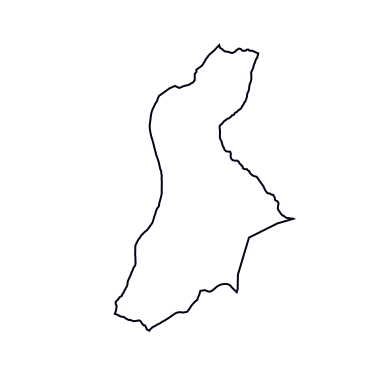 Karim Lamido, Taraba, Nigeria (Robinson projection), rotated 147°
{"feature_id": "59680162B13157392837231", "entity_name": "Karim Lamido", "entity_type": "district", "adm_level": 2, "iso_a3": "NGA", "parent_name": "Nigeria", "parent_adm1": "Taraba", "projection": "robinson", "projection_center": [10.84, 9.149], "detail": "fine", "context": "isolated", "style": "outline", "palette": "ink", "viewbox_px": 384, "rotation_deg": 147, "n_neighbors": 0, "source": "geoboundaries", "source_scale": "gbopen_adm2", "svg_char_len": 4518}
<svg xmlns="http://www.w3.org/2000/svg" viewBox="0 0 384 384"><g transform="rotate(147 192 192)"><path d="M227.8,198.1L228.5,197.7L230.2,197.2L232.3,195.8L233.6,194.6L235.7,192.9L237.0,192.0L238.4,190.7L240.4,189.0L242.1,187.7L246.9,185.8L248.2,185.3L249.3,184.9L251.1,184.4L253.2,184.3L255.3,183.8L258.0,183.3L260.1,182.3L262.5,181.4L263.5,181.0L266.6,179.2L268.7,177.9L270.7,175.0L272.3,172.5L273.6,170.8L274.9,168.3L276.9,165.0L278.0,163.2L278.2,162.9L279.9,161.2L282.3,160.3L284.0,159.0L285.4,158.1L287.4,156.8L288.4,155.9L289.8,155.1L293.2,152.9L294.6,152.0L295.4,151.0L295.9,150.3L296.9,149.3L297.6,148.6L300.5,147.0L302.2,146.2L303.4,145.3L304.8,144.7L306.2,144.1L307.4,143.1L309.8,143.2L312.6,142.2L315.9,141.4L317.0,139.6L317.2,137.7L318.3,136.2L320.1,134.2L321.1,133.3L321.9,132.8L323.1,131.9L322.0,130.5L321.2,129.3L320.9,128.9L320.2,127.3L319.0,125.8L317.2,124.3L316.6,122.5L316.4,121.9L315.7,120.7L314.5,118.8L313.5,118.4L311.6,115.7L309.3,114.4L306.2,113.1L305.5,111.9L305.5,109.9L305.3,106.6L304.1,105.8L304.3,103.2L304.7,101.2L303.3,98.9L302.9,99.1L301.4,99.7L298.4,100.1L295.9,99.7L293.4,99.8L291.9,99.5L290.7,99.3L287.7,99.4L286.3,99.2L284.5,99.1L282.7,99.1L281.0,99.0L279.0,99.1L278.5,99.1L276.5,99.2L275.4,99.2L274.6,99.2L272.3,99.3L271.6,99.2L270.5,99.1L267.5,97.8L265.4,95.9L262.0,94.4L261.9,94.3L260.9,94.3L258.5,95.2L256.1,96.2L254.7,96.9L252.7,97.5L250.4,98.1L248.5,98.5L248.4,98.6L246.3,98.6L245.0,99.8L243.3,101.0L242.8,101.3L242.3,101.6L241.6,102.1L241.0,102.7L240.8,102.8L238.8,104.5L234.7,102.7L232.5,99.6L231.0,98.5L229.9,98.5L228.1,98.3L225.2,98.7L222.7,99.1L221.0,99.0L219.6,98.9L217.1,98.3L213.8,96.6L212.3,95.2L211.3,93.9L210.9,93.1L210.8,92.2L210.4,89.6L210.3,88.8L210.1,88.1L209.1,83.6L206.5,85.8L198.5,97.7L169.9,122.0L169.1,122.7L158.4,121.5L137.2,119.1L134.4,118.2L121.5,114.3L121.6,114.5L122.5,115.1L122.9,115.5L124.6,116.8L125.4,117.7L126.6,118.5L127.5,120.3L127.9,121.6L128.3,122.5L128.8,122.9L129.2,124.7L129.4,129.6L129.1,131.4L127.2,133.7L126.1,134.7L125.4,136.0L125.4,137.9L126.2,138.7L126.7,140.1L125.6,142.4L125.6,143.3L125.7,144.2L125.3,145.1L127.0,146.8L127.4,148.1L127.5,148.2L128.2,149.0L129.0,149.4L129.5,150.7L129.6,152.5L129.6,153.8L129.3,155.7L129.3,156.5L129.0,157.5L129.0,159.3L129.1,160.6L129.2,161.9L129.2,163.3L129.3,165.1L129.4,168.2L129.5,169.6L131.1,171.3L132.0,172.6L132.8,174.8L132.9,176.1L133.0,177.9L132.6,178.3L133.5,180.0L133.5,181.2L135.7,182.7L136.4,184.2L135.6,185.9L136.0,187.1L136.0,187.6L136.1,188.2L136.6,190.3L136.3,192.1L137.2,193.9L138.8,194.7L139.6,195.6L140.4,196.4L140.8,197.3L140.9,199.1L140.2,200.9L138.7,202.8L138.3,203.7L138.1,204.9L139.1,205.8L140.2,206.6L141.3,207.7L141.7,209.7L141.1,212.6L141.2,213.8L140.6,215.4L140.3,216.7L139.6,218.3L139.7,219.5L139.1,222.4L138.2,223.5L137.4,224.9L136.4,226.1L135.5,227.8L134.8,228.6L134.2,230.3L132.9,232.3L131.1,232.8L129.4,232.9L128.3,233.4L127.5,233.6L127.1,233.7L126.6,233.9L124.5,234.0L122.1,234.1L121.0,233.7L119.2,233.8L116.8,234.4L115.0,234.0L113.4,234.7L112.6,235.0L110.9,234.7L108.8,235.2L106.7,235.3L105.6,235.3L102.9,236.7L102.2,237.0L101.9,237.1L100.8,237.6L100.0,238.1L99.5,238.5L99.1,238.6L98.1,238.9L96.7,239.8L94.0,242.0L92.7,243.6L92.0,244.5L90.3,245.4L88.6,246.7L87.6,247.9L86.9,248.8L86.2,249.6L84.9,250.9L83.9,251.7L82.5,252.6L80.5,254.7L79.2,256.8L78.2,258.5L77.2,260.1L73.1,262.8L71.8,264.0L70.4,265.3L69.4,265.8L67.4,267.5L65.3,268.8L64.3,268.9L63.3,270.1L61.6,271.4L60.9,272.3L61.6,273.0L62.4,274.2L63.5,276.1L64.6,277.7L65.7,278.4L66.8,279.2L67.2,280.8L68.3,281.5L70.1,281.4L71.1,281.8L72.9,283.3L73.0,284.9L73.8,286.1L74.8,286.8L76.6,286.7L78.0,286.7L79.0,286.2L82.2,286.5L83.3,287.2L84.4,288.8L85.5,289.9L86.2,290.7L87.7,291.8L88.4,293.4L88.9,295.4L90.0,297.7L89.2,300.4L94.8,299.0L95.4,298.8L103.2,297.6L108.1,295.8L111.0,294.2L114.6,292.6L122.0,292.1L122.7,290.4L125.4,289.5L128.8,284.3L131.5,283.3L134.0,283.6L135.8,283.5L137.9,284.2L139.2,284.6L141.1,285.3L142.9,285.6L146.0,286.2L148.6,290.3L150.7,290.6L154.6,291.2L157.8,291.0L160.9,290.9L167.2,290.6L169.6,289.2L172.0,287.1L173.7,286.6L175.8,285.4L177.0,284.6L179.5,283.1L180.9,282.2L182.9,280.5L185.3,278.0L185.9,277.1L187.5,275.3L191.3,270.8L193.2,267.5L194.8,263.8L196.1,260.1L197.0,256.8L198.2,253.1L199.2,250.3L200.4,246.6L201.7,242.9L202.6,239.2L203.5,235.6L205.0,231.5L206.0,229.0L206.6,226.1L207.9,223.7L208.5,222.0L209.5,220.8L210.3,219.6L210.8,218.7L211.5,217.4L218.4,207.0L220.1,205.3L222.4,203.2L225.8,200.2L227.1,198.5L227.8,198.1Z" fill="none" stroke="#020617" stroke-width="2"/></g></svg>